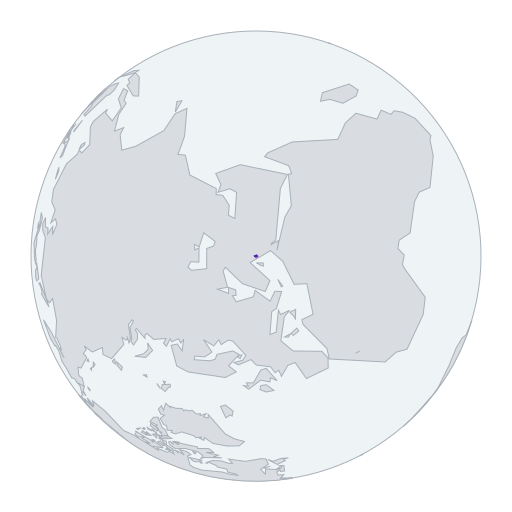 North Lebanon highlighted on a globe, orthographic projection, rotated 220°
{"feature_id": "LBN-3023", "entity_name": "North Lebanon", "entity_type": "Province", "adm_level": 1, "iso_a3": "LBN", "parent_name": "Lebanon", "parent_adm1": "", "projection": "orthographic", "projection_center": [36.058, 34.42], "detail": "fine", "context": "on_globe", "style": "filled", "palette": "violet", "viewbox_px": 512, "rotation_deg": 220, "n_neighbors": 0, "source": "natural_earth", "source_scale": "10m", "svg_char_len": 10679}
<svg xmlns="http://www.w3.org/2000/svg" viewBox="0 0 512 512"><g transform="rotate(220 256 256)"><circle cx="256" cy="256" r="225" fill="#eef3f6" stroke="#a8b0b8"/><path d="M226.5,32.7L235.6,31.9L262.1,31.8L271.6,31.8L268.6,32.3L287.5,33.0L302.7,35.6L284.8,32.8L282.4,32.8L292.2,34.3L291.9,34.7L296.5,35.9L295.2,36.4L284.8,35.4L283.8,35.9L290.9,37.1L294.0,38.8L283.8,37.0L288.2,40.0L271.8,40.2L245.5,37.2L235.5,39.9L206.2,44.4L208.1,45.3L198.1,48.4L196.5,50.9L191.6,51.6L194.6,53.0L199.5,52.0L202.4,52.4L201.9,53.9L195.5,54.8L194.8,54.2L192.7,55.3L189.6,55.3L190.9,56.2L183.1,57.5L190.0,58.6L183.2,61.7L178.2,62.0L179.9,58.8L172.4,53.6L168.0,53.9L160.0,57.1L142.7,69.0L137.3,71.1L129.1,76.2L131.5,76.1L138.8,72.2L141.3,74.0L149.9,69.6L152.2,69.9L160.5,67.2L158.0,71.2L151.0,76.7L144.0,79.4L140.7,82.1L146.4,82.9L132.3,91.7L121.3,104.6L117.8,106.9L112.7,104.5L115.3,95.6L108.7,94.8L111.7,99.2L102.8,105.7L100.8,108.7L100.5,110.9L103.4,110.1L100.1,113.5L95.9,109.7L98.9,106.6L100.2,107.6L101.3,103.8L98.4,102.3L94.2,106.3L94.4,101.6L91.3,104.6L89.7,105.6L94.5,101.0L85.8,109.5L85.3,109.0L96.4,97.0L108.4,85.8L121.2,75.5L134.7,66.2L148.8,57.8L163.5,50.6L178.7,44.4L194.3,39.3L210.3,35.4L226.5,32.7ZM33.5,220.5L32.3,229.6L31.6,248.2L31.4,259.2L31.1,262.5L31.7,268.6L31.8,271.9L37.7,296.0L43.6,314.4L45.4,325.6L44.3,330.7L49.2,345.5L43.4,330.6L38.7,315.4L35.0,299.9L32.5,284.1L31.1,268.2L30.8,252.3L31.6,236.3L33.5,220.5ZM278.6,32.0L273.2,31.6L278.5,32.0L278.6,32.0ZM297.3,36.0L299.0,36.1L300.6,36.7L297.3,36.0ZM161.3,65.3L160.9,66.2L159.6,66.2L161.3,65.3ZM165.3,63.4L164.1,62.7L165.8,61.7L166.6,62.2L165.3,63.4ZM300.2,38.3L302.4,39.5L298.4,38.0L300.2,38.3ZM166.5,64.5L169.0,60.1L172.1,58.5L177.4,58.9L166.5,64.5ZM302.5,40.1L308.0,43.7L312.1,44.1L303.6,45.6L301.8,41.7L296.1,39.6L300.8,40.5L302.5,40.1ZM201.2,51.0L196.0,52.2L200.8,49.9L201.2,51.0ZM203.6,49.5L214.0,43.0L221.4,42.4L216.4,44.5L226.4,43.1L224.9,45.9L219.1,47.4L214.6,47.1L217.4,48.5L203.6,49.5ZM298.0,46.2L297.8,47.1L296.1,46.0L298.0,46.2ZM204.0,52.4L205.4,50.9L212.0,50.3L210.3,53.1L208.7,52.4L204.0,52.4ZM229.8,41.5L234.3,41.7L234.3,44.0L236.1,44.5L225.5,46.0L229.8,41.5ZM207.0,53.3L209.2,54.6L205.7,56.4L203.0,53.8L207.0,53.3ZM214.4,49.0L217.4,48.9L215.2,49.8L214.4,49.0ZM194.5,64.2L196.1,62.1L199.6,61.5L194.5,64.2ZM210.3,55.0L211.5,54.4L213.1,54.0L213.8,55.3L210.3,55.0ZM226.3,47.7L225.3,48.7L230.6,47.2L230.8,49.2L223.7,49.9L226.9,50.4L227.0,51.1L221.0,51.0L226.3,47.7ZM219.3,55.6L210.3,57.7L206.6,61.6L203.3,62.1L209.9,55.9L219.3,55.6ZM220.8,52.9L219.1,54.6L215.9,54.2L215.1,52.8L220.8,52.9ZM233.6,50.4L235.0,47.1L236.6,47.1L233.6,50.4ZM218.8,56.7L221.0,56.2L218.9,57.0L218.8,56.7ZM229.7,52.3L230.1,51.1L231.8,51.1L229.7,52.3ZM225.1,56.4L222.2,57.0L221.5,55.9L225.1,56.4ZM227.7,54.6L230.0,54.9L223.1,55.2L227.6,54.0L227.7,54.6ZM231.3,52.5L232.4,52.1L230.9,53.0L231.3,52.5ZM229.2,60.3L220.6,60.9L219.2,58.5L227.7,58.1L229.2,60.3ZM90.4,318.8L80.4,281.7L86.8,272.4L89.0,257.8L133.7,224.2L142.0,230.7L176.0,233.8L180.0,236.7L174.8,248.0L199.2,267.5L208.6,258.8L232.0,269.1L248.3,269.5L256.3,247.2L229.5,246.1L226.1,234.7L248.6,226.1L272.2,227.7L271.6,223.4L257.7,213.7L264.2,205.8L253.0,209.7L256.8,214.2L249.9,217.0L246.0,213.2L248.5,210.4L241.7,208.2L231.8,223.0L234.6,229.2L216.1,230.4L218.9,241.1L213.5,245.3L206.7,229.0L208.2,223.5L194.8,204.8L191.6,210.6L204.0,228.9L199.6,227.0L195.4,236.0L195.2,227.6L182.5,207.0L166.5,207.1L144.3,225.3L135.3,224.2L128.7,216.6L138.6,194.5L157.5,199.6L161.3,192.7L159.1,180.2L165.0,183.1L166.5,178.9L173.7,180.5L185.6,172.7L193.3,173.4L199.5,161.3L204.3,160.2L199.2,167.6L199.8,173.4L219.0,175.9L223.2,173.7L225.7,165.8L230.6,167.9L230.6,160.0L242.4,158.2L228.0,154.1L230.5,145.7L238.5,140.1L236.7,136.8L223.8,146.2L220.9,150.7L222.6,155.6L212.7,168.4L205.7,169.7L206.4,154.2L196.6,154.6L201.4,143.2L233.4,123.6L246.0,120.8L263.5,133.0L259.7,138.0L251.5,135.8L257.7,145.3L257.8,140.9L262.0,142.9L265.5,136.2L268.5,137.3L266.6,129.1L270.8,129.8L271.9,135.0L280.7,126.4L289.8,126.5L290.2,124.0L288.2,121.5L301.1,123.7L300.9,121.8L296.6,120.3L293.3,115.9L292.6,109.1L297.1,110.2L298.0,112.8L306.6,120.3L308.2,127.6L310.0,127.4L309.7,121.4L299.2,112.2L297.5,107.8L303.1,111.5L300.9,109.8L301.5,108.0L306.3,107.5L300.4,103.3L300.6,84.5L309.9,82.2L314.8,87.2L319.7,77.2L329.8,76.7L325.8,75.1L325.5,70.1L322.3,70.1L320.3,69.1L318.0,57.7L320.9,56.4L315.4,51.0L313.3,50.4L310.8,50.9L303.6,45.6L312.1,44.1L316.3,45.5L318.8,44.1L328.1,47.8L336.9,50.6L345.7,56.4L352.0,58.6L352.2,57.9L360.8,60.9L377.8,70.6L363.1,65.8L337.4,54.6L347.8,59.1L345.1,59.2L348.7,61.7L356.0,65.2L357.1,64.8L367.3,78.4L384.5,92.7L384.0,87.5L389.1,88.5L408.1,103.1L429.1,134.6L436.1,138.7L440.1,143.7L441.9,150.2L436.1,143.0L433.2,143.7L429.7,138.9L430.7,148.0L425.7,141.6L428.9,152.3L433.5,155.6L434.5,149.5L439.4,162.2L447.2,166.2L453.9,176.7L460.4,204.8L458.3,219.4L459.4,223.5L455.6,222.9L455.0,234.5L465.9,248.5L467.1,254.6L464.1,273.1L463.2,268.9L453.0,267.1L454.4,282.9L462.3,287.8L465.1,299.1L460.5,300.1L457.2,290.5L453.6,289.5L452.2,276.4L444.7,260.7L439.9,269.3L438.0,261.5L426.9,250.8L418.7,262.6L407.2,292.8L409.4,313.0L403.8,324.7L387.8,302.0L381.0,283.6L375.0,287.9L358.7,275.5L329.8,282.1L326.0,277.4L320.5,281.1L309.1,277.6L303.3,269.5L296.3,271.1L311.8,292.3L319.4,290.6L326.0,280.4L328.9,288.3L339.9,293.3L326.8,315.8L284.4,338.6L280.8,323.5L251.1,280.9L252.2,275.9L252.1,275.3L251.8,274.3L248.6,282.5L243.6,273.7L258.9,304.4L261.3,317.3L283.8,339.5L281.6,342.0L289.0,346.2L313.2,337.6L313.3,342.6L301.5,366.7L268.3,397.9L273.1,415.4L271.2,429.6L251.3,438.7L253.9,448.2L243.7,451.2L243.6,456.0L235.8,460.5L222.7,463.7L199.4,460.7L197.3,456.7L184.6,446.6L166.8,420.4L172.0,409.9L169.6,399.7L152.8,372.8L156.5,360.1L152.1,353.0L143.1,352.0L138.2,343.4L132.8,341.5L99.9,333.2L90.4,318.8ZM117.1,245.6L115.6,249.8L117.1,245.6ZM296.6,240.9L311.0,240.2L305.4,226.5L310.5,225.3L306.7,221.3L304.9,225.6L295.8,214.6L302.3,209.7L301.0,203.7L296.1,203.7L285.6,214.6L298.6,230.1L294.9,236.3L296.6,240.9ZM35.9,207.8L35.9,208.1L35.9,207.8ZM47.9,169.8L48.0,169.5L46.4,173.4L47.1,171.6L47.9,169.8ZM103.1,105.9L103.3,106.3L102.3,109.0L101.3,108.6L103.1,105.9ZM106.8,117.0L101.4,122.2L104.5,118.0L102.1,118.1L105.7,110.0L116.2,107.6L110.8,109.9L106.8,117.0ZM113.4,99.2L109.9,104.1L113.3,98.8L113.4,99.2ZM167.1,156.2L169.1,159.7L165.4,164.0L155.8,164.6L160.9,158.3L167.1,156.2ZM172.6,163.9L176.0,149.2L182.1,148.8L178.1,151.4L181.8,152.6L176.4,157.2L179.0,171.7L176.0,176.5L159.7,174.1L166.7,172.0L164.4,168.5L172.6,163.9ZM173.6,117.7L175.1,112.7L186.5,117.9L183.8,122.1L173.9,122.5L171.4,118.0L173.6,117.7ZM175.5,66.7L175.3,65.4L177.1,65.0L178.7,65.7L175.5,66.7ZM194.9,63.2L178.0,72.1L177.0,71.0L168.3,78.2L162.2,78.3L168.0,73.4L156.9,79.2L159.7,74.9L152.4,79.3L166.0,68.6L168.1,65.4L168.1,68.8L173.6,68.8L176.6,67.8L186.7,62.9L193.9,56.6L200.6,56.0L203.4,57.4L202.6,58.8L198.6,58.6L200.5,60.7L194.1,61.5L194.9,63.2ZM232.1,80.5L227.7,78.4L230.5,85.1L224.1,85.0L224.8,85.8L219.7,87.7L214.7,91.6L211.9,90.9L211.2,92.8L207.7,94.3L205.8,96.7L200.2,96.5L197.3,99.5L196.3,97.8L192.9,103.1L192.9,99.1L188.4,101.1L190.8,103.9L165.3,99.9L154.6,102.2L145.6,106.5L146.8,99.8L156.0,91.8L168.7,84.7L178.8,83.8L177.5,81.2L182.0,80.2L181.1,82.6L185.1,78.3L188.6,78.2L199.8,73.5L203.5,67.9L207.7,66.3L208.0,68.5L212.0,65.5L215.4,68.6L218.5,67.6L225.0,70.0L223.8,75.2L227.3,73.7L232.4,75.9L232.1,80.5ZM230.8,61.1L230.9,66.6L227.4,69.5L217.6,64.2L214.3,64.6L207.9,61.9L213.1,58.0L214.5,59.1L217.0,59.2L214.3,60.4L218.4,59.6L220.4,61.2L224.0,61.1L223.0,62.9L230.8,61.1ZM185.4,233.1L188.6,234.3L193.9,234.7L191.3,240.6L185.4,233.1ZM176.4,219.2L179.5,219.0L178.4,227.0L175.0,226.1L176.4,219.2ZM182.1,212.4L179.7,218.4L179.0,214.6L182.1,212.4ZM202.2,167.2L205.5,166.8L205.5,168.7L203.2,171.2L202.2,167.2ZM239.3,102.6L237.3,100.4L238.5,99.6L238.5,93.8L243.3,93.8L245.2,97.2L239.3,102.6ZM251.3,251.0L246.0,255.3L243.8,253.1L246.0,252.0L251.3,251.0ZM216.8,248.6L224.3,252.1L216.1,250.1L216.8,248.6ZM244.5,101.5L243.9,99.1L246.7,100.6L244.5,101.5ZM246.8,93.5L250.1,94.7L243.9,93.1L246.8,93.5ZM336.8,466.1L337.9,465.8L334.6,467.1L336.8,466.1ZM310.1,423.8L295.1,447.7L284.4,448.8L282.2,442.9L287.6,428.9L300.0,423.5L306.1,416.0L310.1,423.8ZM476.5,302.0L476.5,302.4L476.6,301.8L476.5,302.0ZM476.1,303.0L477.1,299.3L475.6,305.5L476.1,303.0ZM475.3,305.7L468.6,319.6L465.2,322.8L466.6,318.4L471.9,310.3L475.3,305.7ZM466.3,318.8L460.5,318.1L448.7,303.1L453.0,299.7L464.6,303.8L463.9,307.3L467.5,309.3L466.3,318.8ZM478.1,281.8L477.4,290.9L474.2,298.0L472.4,300.2L471.3,292.1L472.0,285.4L473.6,282.7L476.9,253.2L478.7,253.7L478.3,264.8L479.5,268.7L478.1,281.8ZM410.4,314.4L415.9,323.6L412.5,327.3L410.4,314.4ZM476.1,235.8L476.2,248.4L475.4,233.6L476.1,235.8ZM474.3,223.4L475.4,227.1L474.0,225.1L474.3,223.4ZM461.4,229.2L459.9,233.1L458.8,230.4L460.1,223.7L461.4,229.2ZM459.0,185.8L462.9,194.0L464.0,197.4L461.4,193.8L459.0,185.8ZM284.5,101.2L279.2,108.9L278.6,115.3L283.2,119.7L274.5,117.2L275.4,107.3L284.5,101.2ZM298.1,86.2L294.1,82.9L297.2,82.6L298.6,83.3L298.1,86.2ZM294.7,85.5L287.0,85.0L285.6,82.0L292.0,83.0L294.7,85.5ZM265.7,92.4L263.8,94.6L261.6,93.2L265.7,92.4ZM479.9,281.1L480.2,275.8L479.2,286.3L478.8,288.2L479.2,281.2L479.9,269.3L480.3,263.2L481.2,253.2L480.1,268.3L480.3,271.9L481.0,264.0L480.4,272.3L480.3,277.1L479.9,281.1ZM480.2,239.4L479.0,236.1L478.9,241.8L478.0,225.9L479.5,231.7L480.2,239.4ZM477.5,227.4L477.6,232.7L476.8,224.1L477.5,227.4ZM477.0,231.2L475.9,226.8L476.4,225.1L477.0,231.2ZM477.7,226.0L475.9,217.5L477.1,221.0L477.7,226.0ZM472.8,217.3L475.8,220.0L473.7,223.2L468.7,208.3L469.2,205.1L472.8,217.3ZM444.2,142.6L441.3,139.3L440.3,136.0L442.6,139.1L444.2,142.6ZM434.6,123.5L439.1,134.0L442.3,143.3L443.6,143.3L448.4,151.4L444.0,147.8L438.4,136.4L436.8,130.7L432.1,124.6L428.2,117.9L422.2,112.0L419.0,107.9L424.0,111.7L434.6,123.5ZM419.6,109.8L407.7,98.9L408.0,96.0L410.7,97.7L416.0,103.8L415.6,104.9L419.6,109.8ZM404.9,95.6L404.3,96.7L385.7,86.5L381.8,83.8L396.1,89.1L396.4,90.7L400.9,93.9L404.9,95.6ZM300.3,47.4L298.0,47.1L299.5,46.7L300.3,47.4ZM318.6,69.2L316.2,67.7L318.0,67.0L318.6,69.2ZM310.5,63.3L310.2,65.2L308.7,62.7L310.5,63.3ZM309.6,69.6L309.1,65.7L312.3,70.1L309.6,69.6Z" fill="#d9dde1" stroke="#a8b0b8" stroke-width="1"/><path d="M256.8,254.9L256.9,255.0L257.0,255.2L257.2,255.3L257.1,255.5L256.9,255.6L256.6,255.8L256.5,256.0L256.4,256.3L256.3,256.5L256.2,256.6L256.0,256.8L256.0,257.0L255.9,257.0L255.6,257.0L255.4,256.9L255.2,256.9L254.7,256.8L254.7,256.7L254.7,256.4L254.8,256.4L255.0,256.2L255.2,255.9L255.5,255.8L255.7,255.6L255.8,255.5L255.8,255.3L255.8,255.2L255.7,255.1L255.8,255.1L256.0,255.2L256.3,255.2L256.5,255.2L256.8,254.9Z" fill="#8b5cf6" stroke="#5b21b6" stroke-width="1.5"/></g></svg>